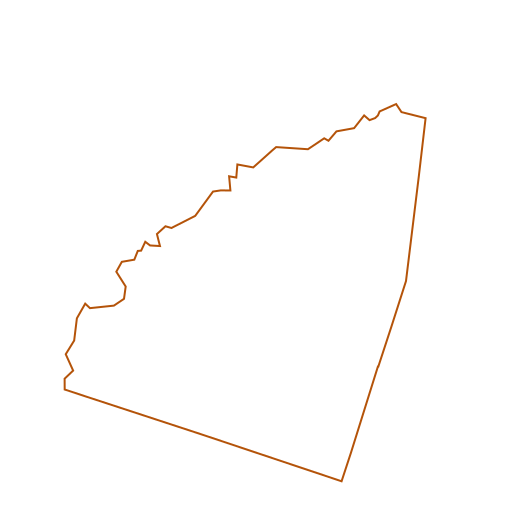 the district of Rankin, Mississippi, United States of America, rotated 18°
{"feature_id": "52423323B65726573708010", "entity_name": "Rankin", "entity_type": "district", "adm_level": 2, "iso_a3": "USA", "parent_name": "United States of America", "parent_adm1": "Mississippi", "projection": "orthographic", "projection_center": [-90.031, 32.32], "detail": "fine", "context": "isolated", "style": "outline", "palette": "amber", "viewbox_px": 512, "rotation_deg": 18, "n_neighbors": 0, "source": "geoboundaries", "source_scale": "gbopen_adm2", "svg_char_len": 828}
<svg xmlns="http://www.w3.org/2000/svg" viewBox="0 0 512 512"><g transform="rotate(18 256 256)"><path d="M374.7,72.5L349.9,74.2L342.3,68.2L328.9,80.3L328.5,84.7L326.7,88.0L322.0,91.7L315.4,88.9L309.8,104.1L294.0,112.6L289.3,124.0L284.5,123.0L272.4,138.4L241.5,146.2L238.8,150.6L226.0,172.6L210.0,174.7L213.0,187.5L205.8,188.5L211.4,201.6L202.2,204.5L195.2,208.0L185.8,236.6L166.9,255.5L160.7,255.7L155.0,265.7L158.8,271.8L161.6,276.2L152.0,278.7L146.3,276.7L145.1,286.4L142.0,287.7L141.4,297.1L130.2,303.0L128.0,314.1L141.5,325.3L143.7,337.5L136.2,347.1L114.2,356.9L108.3,354.1L104.9,370.6L109.2,392.6L105.4,408.2L117.5,421.5L111.9,431.8L115.3,442.1L137.2,442.2L258.4,442.5L407.0,443.8L407.1,413.8L406.1,323.5L406.5,323.4L406.6,282.0L406.4,233.5L386.2,129.8L374.7,72.5Z" fill="none" stroke="#b45309" stroke-width="2"/></g></svg>